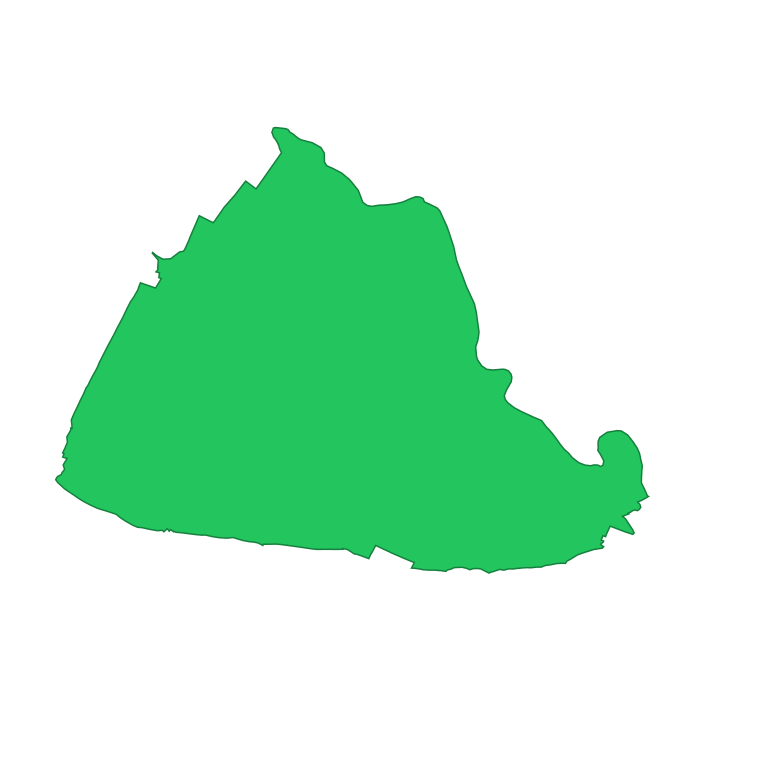 Poza Rica de Hidalgo, Veracruz, Mexico, rotated 108°
{"feature_id": "50627088B10700770102469", "entity_name": "Poza Rica de Hidalgo", "entity_type": "district", "adm_level": 2, "iso_a3": "MEX", "parent_name": "Mexico", "parent_adm1": "Veracruz", "projection": "robinson", "projection_center": [-97.436, 20.539], "detail": "fine", "context": "isolated", "style": "filled", "palette": "green", "viewbox_px": 768, "rotation_deg": 108, "n_neighbors": 0, "source": "geoboundaries", "source_scale": "gbopen_adm2", "svg_char_len": 5711}
<svg xmlns="http://www.w3.org/2000/svg" viewBox="0 0 768 768"><g transform="rotate(108 384 384)"><path d="M576.5,666.6L578.6,663.7L581.4,657.5L582.3,655.8L583.4,652.0L583.6,651.5L585.4,644.9L586.8,640.3L587.0,639.7L588.4,634.2L589.8,626.3L590.5,620.4L590.6,619.6L590.8,615.4L590.6,609.7L590.6,607.8L590.6,602.9L590.7,598.3L592.7,593.2L594.4,586.9L596.0,579.0L596.4,574.1L595.4,569.6L594.6,561.6L593.5,554.0L591.6,549.5L592.6,547.7L588.5,545.3L590.4,542.8L588.4,541.9L588.6,541.4L589.6,538.3L589.0,538.1L589.3,536.2L587.8,529.4L586.5,522.3L585.3,516.1L584.1,510.7L583.0,507.7L582.7,506.1L582.2,500.2L581.1,493.3L579.1,485.7L576.6,479.9L576.6,475.3L576.6,474.9L576.4,469.7L575.6,463.4L574.6,459.2L574.1,454.5L575.0,449.3L573.7,449.3L573.0,447.1L572.0,444.2L569.6,437.2L568.5,432.4L566.6,422.0L565.0,413.1L563.6,404.7L563.4,403.3L563.3,402.9L562.5,398.8L562.3,398.3L562.0,397.4L562.2,397.2L561.9,396.4L558.3,385.4L555.8,377.6L553.9,372.0L553.2,372.3L553.2,372.2L553.1,371.4L552.7,367.6L553.3,365.2L554.8,359.5L554.6,358.4L554.4,357.9L554.3,356.2L554.4,355.6L554.4,353.5L554.4,353.3L554.5,351.5L554.5,351.3L554.5,350.8L554.7,345.8L554.7,345.7L554.7,345.4L554.8,344.5L552.4,344.2L551.7,344.2L550.7,344.1L550.4,344.0L547.6,343.3L544.1,342.7L540.1,342.0L541.3,332.7L541.9,327.4L542.3,324.8L542.7,321.1L542.9,318.1L543.5,312.7L544.1,305.3L544.4,300.7L544.4,300.1L545.3,300.2L546.3,300.3L547.6,300.5L549.0,300.7L550.1,300.9L550.6,301.0L550.2,299.5L549.8,297.7L549.0,293.6L548.5,289.2L547.1,283.7L545.4,278.4L544.6,274.9L543.8,271.7L543.6,270.4L543.1,267.3L541.3,266.2L539.1,262.7L537.1,260.7L536.1,258.3L535.3,256.0L534.2,253.3L533.8,248.6L534.1,244.9L531.9,241.9L530.9,238.9L530.6,238.0L530.0,235.0L530.4,232.0L531.1,227.5L531.4,225.6L529.9,224.4L529.4,223.2L527.5,220.6L524.6,216.7L524.0,212.5L521.3,208.3L519.9,203.6L518.3,200.6L517.2,197.8L516.4,196.2L514.4,191.1L513.5,187.8L511.1,182.5L509.9,178.8L509.3,177.5L508.1,176.2L507.6,175.5L506.4,173.9L504.5,169.7L501.5,164.5L499.5,159.4L498.5,156.0L495.9,155.3L493.5,152.9L488.8,148.9L486.6,147.0L483.8,143.4L481.8,140.7L479.0,136.7L476.7,133.6L475.6,131.4L475.2,130.7L474.6,129.5L473.4,127.2L472.7,125.7L470.9,124.8L469.9,127.6L469.4,128.5L466.5,126.6L465.5,126.6L465.5,129.2L460.6,128.9L460.7,126.1L458.1,126.0L449.3,125.0L450.1,109.3L450.1,102.6L450.2,101.1L449.6,100.6L448.3,100.1L445.5,102.8L437.6,112.7L436.1,116.3L431.9,111.0L431.4,111.9L429.7,109.9L428.4,109.0L427.3,107.9L427.0,107.4L426.4,106.6L426.2,105.6L426.2,104.4L426.2,103.9L425.5,103.3L424.5,102.5L421.9,101.7L419.6,103.3L418.8,104.4L418.0,106.2L417.8,106.4L415.7,103.7L412.7,100.8L410.4,98.8L409.2,97.7L409.0,98.7L408.5,99.3L404.8,102.6L402.5,104.7L399.7,107.6L399.4,107.9L397.8,108.9L392.5,110.5L389.3,111.3L386.9,112.0L384.2,112.6L381.9,113.1L378.4,115.3L377.5,115.9L377.0,116.2L373.5,118.1L371.8,119.1L370.6,119.9L366.9,123.2L362.0,129.3L360.1,132.2L357.2,136.5L355.3,143.8L356.4,148.1L357.8,150.7L360.9,156.8L368.1,162.3L372.3,162.6L376.0,161.5L378.6,160.5L381.1,160.1L383.9,156.6L389.2,151.2L393.6,150.7L395.6,152.6L395.0,154.9L395.4,157.2L396.2,159.5L397.9,162.2L399.0,167.7L398.7,174.3L395.8,182.3L392.8,186.9L390.4,192.4L387.1,197.5L383.4,202.4L379.3,208.2L375.5,214.5L375.1,215.7L370.1,222.8L369.3,232.0L367.7,245.2L366.5,252.1L365.5,255.2L363.5,260.7L361.1,264.0L357.9,266.0L351.6,265.6L342.6,263.7L338.3,264.4L335.5,266.1L333.1,269.5L332.7,273.1L333.3,275.9L337.1,284.9L338.0,289.3L338.3,290.8L336.6,296.6L332.1,302.5L328.8,304.7L320.3,308.3L314.3,308.2L309.9,308.8L305.2,309.7L293.9,315.2L287.2,318.4L279.8,322.8L265.4,336.1L256.3,343.2L250.0,348.5L243.8,353.3L235.3,358.2L231.6,360.3L227.3,363.5L221.9,367.4L215.2,372.4L211.5,375.8L202.2,384.3L200.2,387.7L199.7,390.9L198.9,396.4L198.3,401.9L195.6,404.1L195.1,407.5L196.0,411.6L199.7,416.3L202.4,419.3L203.2,420.1L205.6,423.1L208.9,428.5L212.8,436.8L215.4,443.8L218.9,450.7L219.4,455.4L217.7,460.4L213.7,463.5L207.9,468.2L202.0,477.1L200.1,480.4L196.5,489.4L194.8,499.3L194.1,505.9L191.3,509.2L182.9,512.1L178.6,517.1L176.7,526.8L177.4,538.0L177.0,540.8L176.0,543.7L174.7,547.0L174.0,549.2L173.8,550.4L173.5,551.5L173.0,552.2L172.4,552.8L171.6,554.0L171.6,556.3L171.6,556.9L171.9,558.1L172.2,559.8L173.7,566.7L174.8,568.3L179.4,568.4L180.8,567.1L183.0,565.5L183.7,564.7L184.1,564.0L184.8,562.9L187.0,560.4L187.8,559.5L189.5,558.1L190.2,557.3L191.3,556.8L191.9,556.5L192.7,555.8L195.7,553.0L196.1,553.0L198.2,553.7L228.8,563.1L238.0,566.0L233.8,578.3L250.2,584.1L258.3,587.6L265.8,590.8L270.8,592.2L274.0,593.2L277.1,594.2L280.3,595.1L283.4,596.2L283.0,598.8L282.8,600.7L282.4,602.9L282.1,605.1L281.7,607.7L281.2,610.6L281.0,611.7L303.7,613.8L307.8,614.0L312.1,614.5L312.6,614.5L317.3,615.1L319.7,615.7L321.4,619.0L321.7,619.3L325.0,621.6L330.7,625.5L330.8,625.6L333.5,632.4L333.3,634.8L332.2,640.2L330.4,644.6L331.2,644.8L332.9,641.9L335.9,637.0L337.3,636.6L338.4,636.3L340.3,635.9L341.6,635.5L343.6,635.1L344.3,634.4L345.3,634.4L347.8,635.5L347.7,631.9L352.4,631.0L352.6,628.4L363.3,630.9L363.1,644.6L363.0,646.9L367.2,647.2L370.5,647.2L379.2,649.0L383.9,650.5L388.4,651.2L390.7,651.6L400.1,652.8L408.4,654.2L413.2,655.1L420.4,656.1L427.7,657.5L435.1,658.8L445.4,660.4L446.9,660.6L449.1,661.0L451.3,661.4L456.1,661.7L461.0,662.5L465.8,663.5L471.7,664.5L477.1,665.2L479.6,666.1L479.9,666.1L486.5,666.7L493.5,667.8L499.7,668.5L507.3,669.6L514.8,670.3L519.9,668.0L522.5,667.0L522.5,668.2L523.8,668.0L524.6,667.8L525.1,667.7L525.7,667.9L532.3,669.3L537.3,667.1L543.3,667.6L548.6,668.3L548.7,667.8L549.2,667.8L549.3,666.8L552.9,666.9L552.7,662.4L560.1,664.1L560.5,663.8L563.8,661.5L564.9,661.7L566.5,662.3L567.6,662.8L570.0,663.0L572.6,665.6L573.8,666.2L575.1,666.5L576.5,666.6Z" fill="#22c55e" stroke="#15803d" stroke-width="1.5"/></g></svg>